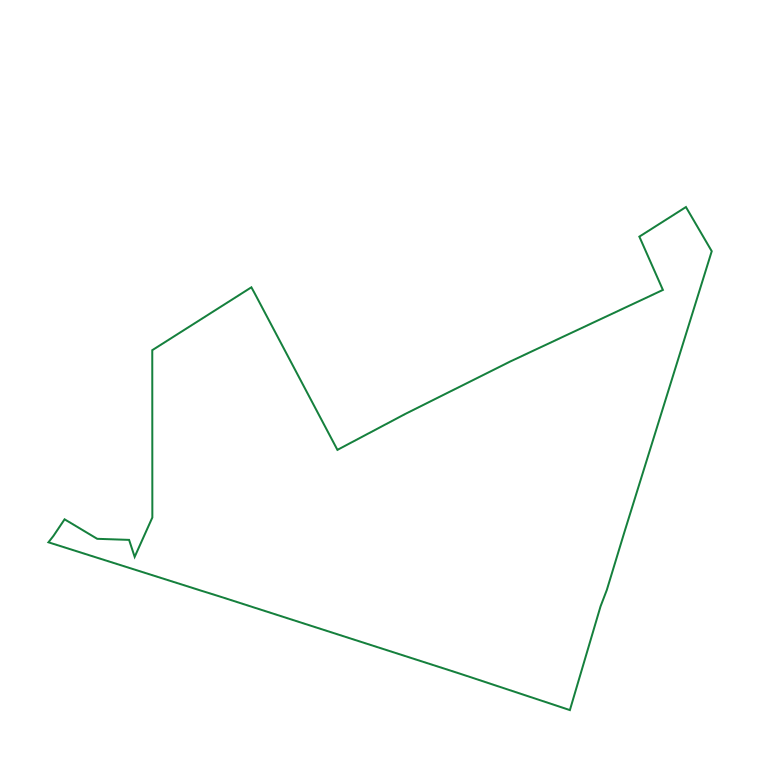 St. Francois, Missouri, United States of America (Equal Earth projection), rotated 287°
{"feature_id": "52423323B29286377635453", "entity_name": "St. Francois", "entity_type": "district", "adm_level": 2, "iso_a3": "USA", "parent_name": "United States of America", "parent_adm1": "Missouri", "projection": "equal_earth", "projection_center": [-90.477, 37.859], "detail": "fine", "context": "isolated", "style": "outline", "palette": "green", "viewbox_px": 768, "rotation_deg": 287, "n_neighbors": 0, "source": "geoboundaries", "source_scale": "gbopen_adm2", "svg_char_len": 466}
<svg xmlns="http://www.w3.org/2000/svg" viewBox="0 0 768 768"><g transform="rotate(287 384 384)"><path d="M129.2,540.8L126.5,657.1L234.7,656.1L252.2,657.3L312.7,657.2L606.8,658.6L641.5,621.0L599.6,585.1L555.5,623.2L442.4,498.1L361.7,413.2L307.4,358.7L432.4,234.3L437.7,228.9L348.6,152.5L188.6,201.5L145.8,196.1L160.4,185.8L152.1,155.0L161.2,118.1L142.1,112.3L134.5,109.4L132.9,269.0L132.8,287.0L129.2,540.8Z" fill="none" stroke="#15803d" stroke-width="2"/></g></svg>